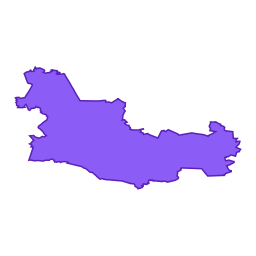 the district of Vītiņu pag., Auces, Latvia
{"feature_id": "27541924B21260207281398", "entity_name": "Vītiņu pag.", "entity_type": "district", "adm_level": 2, "iso_a3": "LVA", "parent_name": "Latvia", "parent_adm1": "Auces", "projection": "equal_earth", "projection_center": [22.857, 56.46], "detail": "fine", "context": "isolated", "style": "filled", "palette": "violet", "viewbox_px": 256, "rotation_deg": 0, "n_neighbors": 0, "source": "geoboundaries", "source_scale": "gbopen_adm2", "svg_char_len": 5598}
<svg xmlns="http://www.w3.org/2000/svg" viewBox="0 0 256 256"><path d="M35.2,67.2L34.8,67.9L34.9,68.5L34.3,69.1L33.7,69.9L33.9,70.5L34.1,70.8L34.1,71.2L33.5,71.2L33.5,71.3L31.7,71.5L31.3,71.2L31.0,71.2L30.6,71.1L31.1,70.8L30.7,70.1L28.5,71.8L27.3,71.8L25.9,72.4L24.2,73.6L24.8,75.3L25.3,76.4L25.9,78.3L27.7,82.9L28.5,83.4L30.5,83.7L31.0,83.7L32.3,84.8L31.9,86.0L31.7,86.3L30.2,89.1L28.5,91.9L25.9,95.8L24.9,97.6L20.3,98.4L19.2,97.4L18.9,97.4L17.3,97.5L16.2,97.5L15.4,97.9L17.1,99.7L16.1,100.2L16.8,101.0L16.8,102.1L15.9,102.4L16.6,103.6L16.6,105.4L18.4,106.1L18.6,106.1L17.7,107.5L22.0,107.7L25.0,107.2L24.2,106.2L25.0,105.2L26.1,104.4L28.4,109.7L29.8,110.4L31.4,108.3L33.3,108.4L33.8,108.2L35.0,107.9L35.8,107.2L36.0,106.7L36.1,106.9L37.8,107.6L38.2,107.2L39.8,107.8L40.6,109.1L40.3,110.5L40.5,111.0L41.5,111.9L40.8,112.4L42.7,113.7L46.3,114.7L46.3,115.0L46.6,115.5L46.5,116.0L47.7,116.5L47.0,119.6L46.8,119.9L42.7,122.8L41.8,123.8L38.8,126.0L38.4,126.5L38.2,127.4L38.5,128.0L40.0,128.9L42.9,131.7L44.1,133.7L46.3,135.7L44.2,136.8L42.3,136.4L40.1,137.8L39.3,138.2L35.0,137.0L34.8,136.5L33.6,135.5L29.7,135.9L33.8,140.4L33.1,140.8L31.4,142.5L30.7,143.6L29.7,143.9L30.4,144.4L31.9,145.2L32.0,145.4L32.0,145.5L31.0,146.9L33.2,147.2L28.9,160.2L29.5,160.0L31.6,160.2L33.3,160.6L35.2,160.8L36.4,160.6L37.5,160.6L38.4,160.5L39.8,160.7L42.3,161.0L44.1,160.9L44.5,160.5L45.9,160.2L49.2,160.3L50.4,159.4L51.8,159.0L53.0,159.4L53.4,159.9L54.3,160.3L54.0,160.7L54.4,161.2L54.6,162.0L56.0,161.9L56.6,162.2L57.3,161.9L59.4,161.6L59.5,161.6L60.6,162.5L61.7,161.9L62.5,161.7L63.9,161.6L67.1,161.8L68.2,162.6L67.4,163.1L81.7,166.6L83.3,167.7L84.5,168.3L85.4,168.4L87.2,169.7L89.9,172.1L91.3,172.4L91.9,172.1L93.9,173.8L96.4,175.9L96.5,176.2L99.9,179.1L102.3,178.7L102.6,178.7L104.0,179.3L104.7,179.3L106.4,179.7L107.8,179.7L122.3,181.0L130.6,183.6L133.6,183.8L134.5,184.3L134.7,184.9L135.2,186.5L135.5,186.7L136.6,187.0L138.1,188.8L138.9,188.4L139.4,188.4L139.8,188.3L139.9,188.1L140.5,188.0L141.9,187.6L142.2,187.6L142.4,187.3L142.4,187.0L142.7,186.7L142.4,186.6L141.9,185.8L142.6,185.9L142.7,186.3L142.8,186.4L143.1,186.1L143.2,185.8L143.0,185.7L142.8,185.3L143.1,184.9L143.2,184.7L143.1,184.4L143.3,184.0L143.5,183.8L143.8,183.8L144.4,183.8L144.9,184.0L145.1,184.2L145.0,184.3L145.3,184.4L145.5,184.2L146.0,184.4L146.4,184.4L146.9,184.3L147.0,184.1L147.1,183.8L148.0,183.8L148.1,183.5L148.4,183.4L148.0,183.1L148.4,183.0L148.7,182.8L148.4,182.6L148.3,182.4L148.4,181.9L148.4,181.0L149.0,180.6L149.0,180.4L149.2,180.1L149.5,180.2L150.0,180.4L150.2,180.5L150.4,180.4L150.4,180.0L150.6,179.8L150.9,179.8L151.1,179.9L151.7,180.5L152.1,180.6L152.4,180.5L152.8,180.1L153.1,180.1L153.0,180.3L153.0,180.8L153.5,180.9L153.5,180.7L154.5,181.0L155.7,180.8L156.0,181.0L156.6,181.0L157.0,180.9L157.4,180.9L157.5,181.0L158.3,181.4L158.6,181.3L158.7,181.1L159.0,181.0L159.3,181.1L161.3,181.6L164.5,181.1L167.6,182.1L175.1,180.3L177.9,178.8L178.2,178.5L178.5,177.5L178.5,177.4L178.1,176.9L177.1,176.1L177.0,175.9L177.1,175.2L177.3,174.9L177.6,173.5L177.5,171.6L180.1,170.5L180.7,170.2L181.2,168.9L180.9,168.6L180.8,168.4L180.9,168.2L181.4,167.9L201.7,168.7L207.7,176.0L223.7,175.4L223.3,175.1L225.3,174.1L225.8,173.4L231.3,171.6L231.3,171.4L231.2,170.7L230.5,170.6L229.6,170.5L229.1,170.0L228.5,169.3L227.9,168.3L227.3,166.7L227.1,166.5L226.6,165.8L229.7,164.8L232.0,163.6L234.1,162.4L233.9,161.4L233.0,161.4L229.0,160.1L228.5,160.1L227.2,160.5L225.7,160.7L224.7,158.2L224.9,157.3L226.3,157.4L226.4,156.8L228.0,156.8L231.0,154.9L235.5,156.2L236.6,152.3L239.3,151.6L239.6,150.7L240.6,149.3L238.3,148.3L236.0,147.2L236.6,146.4L239.1,144.0L239.9,141.3L238.9,141.2L237.4,141.4L235.9,141.9L235.8,141.7L236.3,139.5L236.5,139.4L237.3,138.5L233.3,138.3L232.8,131.7L227.5,131.0L226.7,131.2L226.2,130.8L225.1,130.6L224.4,129.8L224.3,128.4L224.7,127.5L223.7,126.4L220.6,125.5L220.8,124.4L218.3,123.4L215.7,121.8L213.8,122.1L210.4,122.0L210.5,123.6L209.7,125.0L209.8,125.0L209.3,126.7L210.3,128.2L210.6,128.3L209.9,130.7L215.6,131.6L212.2,133.8L208.5,135.5L208.1,136.3L207.9,136.1L203.2,134.6L196.4,133.7L191.7,132.9L178.8,135.2L178.7,135.1L178.2,134.2L175.9,133.1L174.9,132.7L171.4,131.1L168.2,129.7L165.5,131.7L164.0,130.4L162.3,130.9L162.0,130.9L161.6,130.8L161.2,131.4L160.1,133.6L159.0,135.9L157.8,138.0L148.9,134.5L147.7,133.5L143.5,134.4L143.2,133.1L140.8,132.2L141.3,132.0L140.3,129.9L143.4,129.1L143.3,128.8L139.3,129.7L138.4,130.1L132.4,129.9L131.5,129.8L130.2,129.4L129.9,129.3L130.6,128.2L130.2,127.5L129.6,126.9L128.7,125.6L128.8,125.4L127.2,125.3L125.6,124.3L124.8,123.4L125.4,123.4L125.5,122.7L127.1,122.2L126.6,121.7L126.3,121.5L125.0,120.4L124.7,119.8L122.2,120.0L122.8,119.3L122.6,117.9L123.0,115.0L123.6,114.0L124.2,112.4L125.2,111.2L124.9,110.5L123.8,109.2L123.5,107.7L125.3,106.6L125.2,103.8L125.4,102.8L124.4,102.6L121.0,100.9L118.2,98.7L117.6,98.7L117.3,99.4L114.5,100.9L113.6,101.6L111.5,102.8L108.9,102.0L108.2,102.0L107.6,102.1L106.2,102.1L105.7,102.0L105.6,101.3L105.8,100.6L105.5,100.4L103.5,100.4L99.7,100.9L95.7,101.0L80.1,100.7L76.6,95.0L74.6,91.5L73.9,90.1L72.9,88.3L72.4,87.7L69.7,82.9L65.1,75.4L64.6,74.0L63.8,73.8L63.4,73.6L61.6,74.3L59.9,74.2L59.1,74.3L57.3,74.2L56.5,73.7L57.7,72.9L58.8,73.1L58.9,72.9L59.9,72.8L60.5,72.7L57.0,71.8L56.9,71.7L57.3,70.9L56.7,70.6L54.4,70.4L52.4,69.8L51.7,70.0L52.8,70.7L52.1,71.3L51.6,70.9L51.1,71.0L51.2,71.3L51.0,71.7L50.8,71.6L50.2,72.1L49.9,72.1L49.8,72.5L48.9,72.8L48.4,72.6L47.2,72.7L45.9,73.3L43.2,72.2L44.7,70.8L43.9,69.7L39.7,67.9L38.6,68.2L38.5,68.4L38.3,68.5L36.9,68.1L36.5,68.4L36.2,68.9L35.2,67.2Z" fill="#8b5cf6" stroke="#5b21b6" stroke-width="1.5"/></svg>